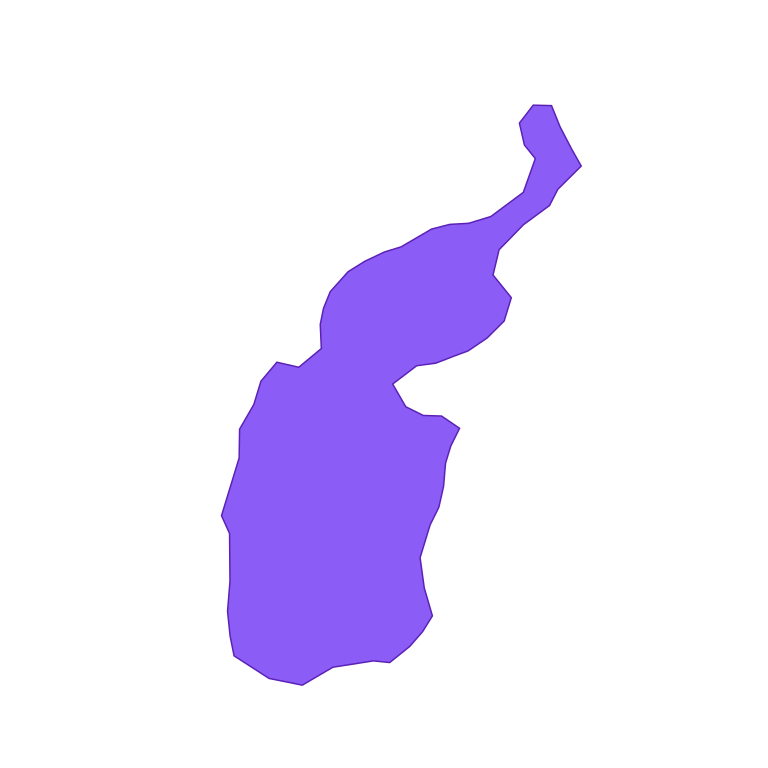 the district of Kontea, Cyprus, rotated 17°
{"feature_id": "46923920B33893861397598", "entity_name": "Kontea", "entity_type": "district", "adm_level": 2, "iso_a3": "CYP", "parent_name": "Cyprus", "parent_adm1": "", "projection": "natural_earth1", "projection_center": [33.731, 35.111], "detail": "fine", "context": "isolated", "style": "filled", "palette": "violet", "viewbox_px": 768, "rotation_deg": 17, "n_neighbors": 0, "source": "geoboundaries", "source_scale": "gbopen_adm2", "svg_char_len": 981}
<svg xmlns="http://www.w3.org/2000/svg" viewBox="0 0 768 768"><g transform="rotate(17 384 384)"><path d="M462.8,68.8L445.2,73.7L437.2,94.9L448.4,114.4L462.8,124.2L461.2,160.0L451.6,173.0L437.2,192.6L417.9,205.6L400.3,212.1L384.2,221.9L360.2,247.9L345.7,257.7L329.7,272.3L316.9,287.0L305.6,311.4L304.0,329.3L305.6,345.6L313.7,368.4L297.6,392.9L275.2,394.5L265.5,417.3L265.5,441.7L259.1,469.4L267.1,497.1L267.1,533.0L267.1,557.4L280.0,572.1L294.4,617.7L300.8,647.0L310.4,669.8L320.1,687.8L360.2,699.2L393.9,695.9L417.9,669.8L454.8,651.9L470.9,648.7L485.3,627.5L493.3,609.6L498.1,591.6L482.1,567.2L469.3,539.5L469.3,505.3L472.5,485.7L470.9,464.5L466.0,441.7L466.0,423.8L469.2,404.3L448.4,397.8L430.8,402.6L411.5,399.4L392.3,381.5L409.9,357.0L427.5,348.9L442.0,337.5L454.8,327.7L469.2,309.8L480.5,288.6L480.5,264.2L456.4,247.9L454.8,221.9L470.8,190.9L490.1,164.9L493.3,147.0L508.9,117.9L494.9,104.6L477.3,86.7L462.8,68.8Z" fill="#8b5cf6" stroke="#5b21b6" stroke-width="1.5"/></g></svg>